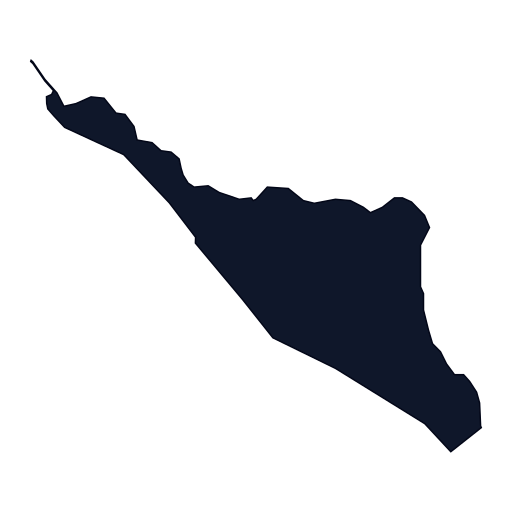 Riverside Road, Soufrière, Saint Lucia
{"feature_id": "8701671B35979662153697", "entity_name": "Riverside Road", "entity_type": "district", "adm_level": 2, "iso_a3": "LCA", "parent_name": "Saint Lucia", "parent_adm1": "Soufrière", "projection": "equal_earth", "projection_center": [-61.054, 13.895], "detail": "fine", "context": "isolated", "style": "filled", "palette": "ink", "viewbox_px": 512, "rotation_deg": 0, "n_neighbors": 0, "source": "geoboundaries", "source_scale": "gbopen_adm2", "svg_char_len": 1153}
<svg xmlns="http://www.w3.org/2000/svg" viewBox="0 0 512 512"><path d="M414.9,205.5L411.5,202.0L402.5,197.9L394.4,197.9L382.4,207.3L370.4,212.7L363.4,207.3L350.4,200.6L335.4,199.3L314.3,203.3L303.3,200.6L288.3,188.5L267.3,187.1L256.2,199.3L253.2,200.6L251.2,197.9L239.2,199.3L219.2,192.5L208.2,185.8L194.1,187.1L188.1,183.1L183.1,175.0L181.1,168.3L179.1,158.9L171.1,152.1L163.1,151.0L161.1,150.8L152.1,142.7L137.1,140.0L134.0,126.5L128.7,119.4L125.0,114.4L116.0,113.1L104.0,98.2L91.0,96.9L76.0,103.6L63.9,106.3L56.9,92.8L54.6,90.3L44.9,79.4L32.9,61.9L31.1,60.3L30.9,60.8L30.7,61.5L32.9,63.5L44.9,81.0L53.7,90.9L53.2,91.2L51.6,94.5L46.5,96.7L46.7,103.5L47.8,108.9L54.2,116.2L64.7,127.4L123.7,154.6L169.3,202.8L195.4,237.0L195.6,236.9L195.4,243.1L242.3,299.2L272.9,337.8L335.5,368.4L424.8,423.7L450.8,451.7L481.3,427.6L480.6,425.9L479.6,403.0L476.6,392.2L469.6,381.4L463.6,374.7L454.5,374.7L446.5,363.9L440.5,351.8L432.5,343.7L428.5,330.2L423.5,310.0L423.5,308.4L423.5,295.2L423.5,293.6L420.5,286.8L420.5,264.2L420.5,262.6L420.5,246.7L420.5,245.1L429.1,228.3L429.5,227.6L424.5,215.4L414.9,205.5Z" fill="#0f172a" stroke="#020617" stroke-width="1.5"/></svg>